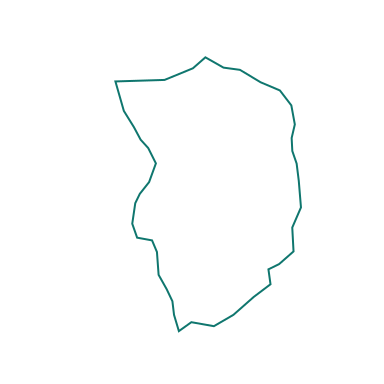 Linou, Nicosia, Cyprus, rotated 296°
{"feature_id": "46923920B61720062034579", "entity_name": "Linou", "entity_type": "district", "adm_level": 2, "iso_a3": "CYP", "parent_name": "Cyprus", "parent_adm1": "Nicosia", "projection": "albers", "projection_center": [32.903, 35.079], "detail": "fine", "context": "isolated", "style": "outline", "palette": "teal", "viewbox_px": 384, "rotation_deg": 296, "n_neighbors": 0, "source": "geoboundaries", "source_scale": "gbopen_adm2", "svg_char_len": 660}
<svg xmlns="http://www.w3.org/2000/svg" viewBox="0 0 384 384"><g transform="rotate(296 192 192)"><path d="M235.0,95.2L224.8,111.4L216.5,122.9L212.3,133.4L201.9,147.0L182.1,149.1L167.5,145.9L157.1,145.9L137.3,152.2L126.9,162.7L131.0,177.3L122.7,186.8L102.9,198.3L93.5,211.9L85.2,222.3L73.7,229.7L61.2,241.2L74.7,248.5L81.0,270.5L99.8,283.1L124.8,293.5L143.5,303.0L156.0,294.6L165.4,301.9L183.1,309.3L204.0,297.7L225.9,296.7L248.8,283.1L263.4,273.6L272.8,264.2L284.2,257.9L297.8,254.8L313.4,243.3L321.8,226.5L320.7,205.6L322.8,181.5L317.6,165.8L318.9,145.0L303.6,138.6L280.7,118.2L257.8,74.7L235.0,95.2Z" fill="none" stroke="#0f766e" stroke-width="2"/></g></svg>